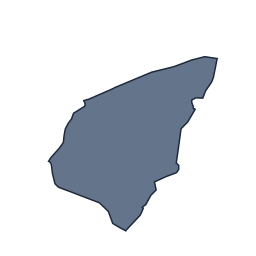 Sami', Ta`izz, Yemen (Natural Earth projection), rotated 111°
{"feature_id": "15242507B43926728713037", "entity_name": "Sami'", "entity_type": "district", "adm_level": 2, "iso_a3": "YEM", "parent_name": "Yemen", "parent_adm1": "Ta`izz", "projection": "natural_earth1", "projection_center": [44.119, 13.381], "detail": "fine", "context": "isolated", "style": "filled", "palette": "slate", "viewbox_px": 256, "rotation_deg": 111, "n_neighbors": 0, "source": "geoboundaries", "source_scale": "gbopen_adm2", "svg_char_len": 1663}
<svg xmlns="http://www.w3.org/2000/svg" viewBox="0 0 256 256"><g transform="rotate(111 128 128)"><path d="M224.8,93.2L224.3,93.2L218.8,91.0L205.4,85.5L202.1,85.1L197.4,85.0L197.0,86.2L196.3,86.0L193.1,83.9L188.1,83.3L187.8,83.2L186.7,83.1L186.1,83.0L182.5,82.5L175.8,79.5L169.3,83.7L168.8,84.0L164.6,79.8L161.6,76.9L159.6,74.9L153.3,67.8L152.3,66.7L148.4,65.8L144.7,67.3L143.4,70.2L143.4,70.4L128.5,73.8L109.7,78.2L101.0,74.4L86.5,72.0L86.2,72.6L86.5,73.4L86.1,74.2L84.5,74.8L81.4,77.6L79.1,78.5L75.6,75.6L74.7,73.1L74.6,72.8L74.5,72.4L73.3,68.9L70.2,68.9L65.5,68.9L65.1,68.8L62.6,68.2L60.3,67.7L60.1,67.6L59.3,67.4L55.1,66.4L52.3,66.4L50.5,66.4L50.2,66.4L48.5,66.7L41.3,67.9L31.7,69.6L31.2,69.6L33.9,81.9L38.3,88.1L41.5,92.7L42.4,93.7L46.4,98.2L47.0,98.8L50.0,102.3L53.2,105.9L53.7,106.5L54.4,107.3L59.6,114.7L63.4,120.2L67.6,126.2L67.8,126.3L70.2,128.9L70.7,129.4L76.4,135.3L76.7,135.7L79.2,138.3L79.3,138.4L82.4,141.6L86.1,145.5L88.5,148.0L95.0,154.8L95.6,155.4L96.1,155.6L115.0,174.8L118.3,179.1L120.9,176.5L123.3,176.3L133.7,184.1L135.6,184.1L137.1,184.1L139.4,183.9L145.0,185.5L145.3,185.5L145.7,185.6L145.9,185.6L147.0,185.7L151.1,186.2L154.1,185.7L158.2,184.9L164.6,183.2L166.3,183.6L167.2,183.8L167.3,183.8L167.7,183.9L170.3,184.6L171.4,184.9L183.9,189.6L187.6,190.2L187.5,189.2L189.1,186.8L193.6,184.3L198.1,181.9L199.8,180.6L201.2,179.7L206.2,176.2L206.3,176.1L206.3,175.9L206.6,175.3L207.8,172.6L208.2,171.6L208.2,166.5L208.1,158.3L208.1,153.3L208.1,145.0L208.1,138.0L208.1,127.8L210.3,122.6L213.0,116.4L213.8,115.7L222.4,108.2L222.5,108.1L222.6,107.8L222.7,107.3L223.9,100.4L224.8,93.2Z" fill="#64748b" stroke="#1e293b" stroke-width="1.5"/></g></svg>